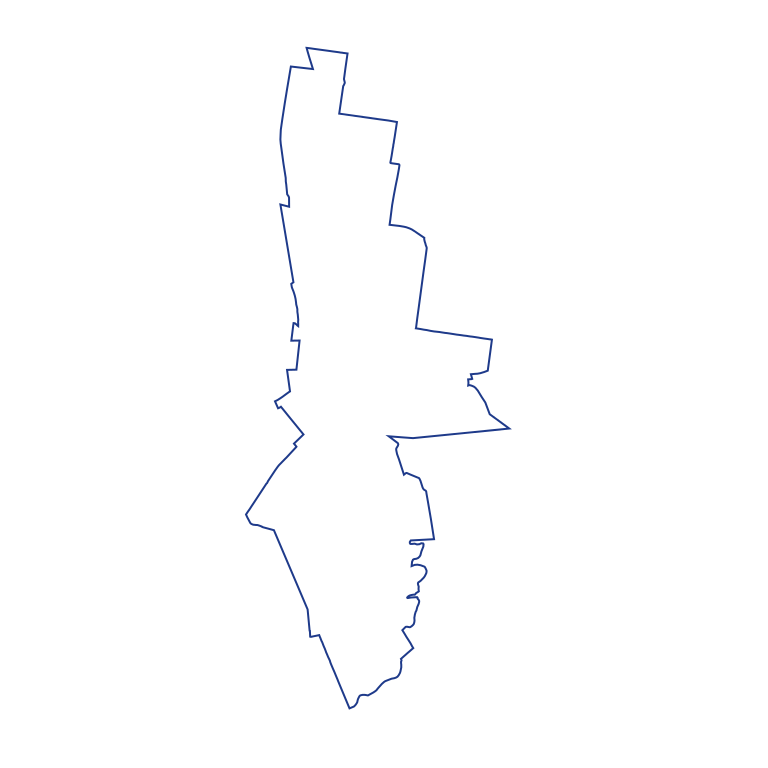 Vasilati, Calarasi, Romania (Natural Earth projection), rotated 276°
{"feature_id": "2599482B17575272178188", "entity_name": "Vasilati", "entity_type": "district", "adm_level": 2, "iso_a3": "ROU", "parent_name": "Romania", "parent_adm1": "Calarasi", "projection": "natural_earth1", "projection_center": [26.428, 44.284], "detail": "fine", "context": "isolated", "style": "outline", "palette": "blue", "viewbox_px": 768, "rotation_deg": 276, "n_neighbors": 0, "source": "geoboundaries", "source_scale": "gbopen_adm2", "svg_char_len": 5823}
<svg xmlns="http://www.w3.org/2000/svg" viewBox="0 0 768 768"><g transform="rotate(276 384 384)"><path d="M710.2,271.9L706.6,273.3L700.5,275.8L695.2,278.1L689.8,280.4L690.0,258.2L667.6,256.8L660.5,256.4L653.5,256.0L636.9,255.2L626.2,254.8L622.5,255.0L616.3,255.4L612.1,256.2L608.5,257.1L592.6,261.0L578.7,264.7L575.0,265.2L572.3,265.9L562.5,267.9L560.5,269.6L559.3,270.1L550.4,271.1L550.9,267.6L551.6,262.9L551.7,262.2L522.2,270.4L517.5,271.7L475.7,283.3L473.9,281.3L470.7,282.2L469.4,282.8L466.8,284.2L465.5,284.8L462.7,286.0L461.0,286.6L459.2,287.2L456.7,287.8L455.5,288.1L454.3,288.3L453.1,288.7L451.3,289.4L449.4,290.0L446.7,290.3L444.0,291.0L438.9,292.0L436.6,292.1L434.8,292.4L432.6,292.6L433.0,291.9L434.1,290.6L435.1,289.0L435.1,287.7L432.7,287.6L421.9,287.4L417.4,287.3L418.4,295.5L389.1,295.4L387.9,286.1L366.8,291.3L366.2,290.5L363.8,287.8L360.5,284.2L358.9,282.3L356.9,279.8L355.4,277.4L348.8,281.2L349.5,282.5L350.4,283.7L350.6,283.9L340.1,294.4L325.4,309.2L315.3,300.7L312.5,303.5L312.3,303.4L300.4,294.5L299.6,293.8L292.4,288.1L290.7,287.0L286.8,284.8L275.1,278.7L274.1,278.4L273.3,278.1L272.5,277.4L268.8,275.5L256.2,269.0L248.1,264.8L245.9,263.7L242.3,261.7L239.8,260.4L238.1,261.4L237.4,261.8L232.2,265.3L231.8,265.6L231.5,265.9L231.3,266.2L230.9,266.9L230.7,267.6L230.5,268.2L230.4,268.8L230.4,269.6L230.4,270.0L230.4,271.7L230.5,272.8L230.5,273.1L230.4,273.5L230.2,274.4L230.1,275.0L229.8,276.0L229.5,277.2L229.3,277.7L229.2,277.7L228.9,278.6L227.5,287.4L227.2,289.1L227.1,289.8L207.8,300.5L173.8,319.4L151.8,331.6L130.9,335.8L130.8,336.1L125.0,337.0L124.9,337.8L125.7,340.2L126.7,343.4L127.5,345.8L126.3,346.4L125.7,346.7L124.9,347.2L123.1,348.1L121.8,348.8L121.5,349.0L121.1,349.3L120.6,349.6L117.6,351.1L116.5,351.7L114.6,352.8L112.4,353.9L111.1,354.5L109.2,355.6L106.6,357.0L104.2,358.5L103.3,359.0L103.2,359.1L102.6,359.3L101.4,359.8L99.3,360.9L95.7,362.9L92.0,365.0L88.1,367.1L86.1,368.2L85.9,368.3L85.6,368.5L83.8,369.4L80.3,371.3L57.8,383.6L60.1,387.8L60.9,388.5L62.3,389.5L64.5,390.6L67.0,390.9L68.0,391.1L69.7,391.7L71.1,392.3L71.6,392.7L72.0,393.4L72.6,395.2L72.8,396.8L72.8,398.3L72.6,400.6L76.0,405.5L76.2,405.8L77.0,406.7L77.1,406.9L77.9,407.7L78.5,408.4L80.3,409.5L81.3,410.2L81.6,410.4L85.5,413.2L87.7,415.2L88.6,416.3L91.7,422.3L92.5,425.0L93.3,426.7L94.3,428.0L96.0,429.1L98.4,430.1L99.9,430.4L104.0,430.8L106.7,430.5L108.0,430.2L108.8,430.1L109.5,430.0L110.3,430.2L111.1,430.3L111.3,430.2L112.4,429.6L119.4,436.0L120.0,436.6L124.4,440.7L125.9,439.5L127.7,438.3L128.9,437.5L131.8,435.2L134.9,432.7L137.6,430.7L141.1,428.0L144.7,430.9L145.0,432.2L144.8,435.0L145.0,435.6L146.1,436.9L147.2,437.9L148.2,438.6L149.9,439.0L151.7,439.1L153.6,438.8L154.6,438.6L156.0,438.7L157.9,438.8L160.7,439.3L162.1,439.9L165.7,440.4L166.6,440.7L168.8,441.4L170.5,441.7L171.6,441.7L171.8,441.7L173.1,440.9L173.3,440.7L173.9,440.0L174.3,439.7L175.0,439.7L175.5,439.1L175.4,438.7L174.5,433.2L173.9,431.0L173.6,430.0L173.7,429.6L173.9,429.4L174.3,429.5L174.8,429.9L175.3,430.3L175.9,431.0L176.5,432.0L176.9,433.1L177.3,434.3L177.5,435.2L177.6,435.4L177.6,435.8L177.6,436.3L177.8,436.7L177.9,436.9L178.3,437.2L178.7,437.3L179.0,437.5L179.4,437.8L179.5,437.9L180.8,439.6L181.4,440.3L183.6,439.8L184.7,439.7L186.0,439.7L186.8,439.4L187.9,438.9L188.7,438.7L189.1,438.6L189.6,438.6L190.3,438.9L191.2,440.0L192.1,441.0L195.6,443.8L197.2,444.7L200.2,445.8L201.1,445.9L202.5,445.9L203.1,445.7L204.9,444.7L206.3,443.7L206.6,443.2L207.6,439.3L207.8,436.1L207.3,433.4L205.8,430.5L210.1,430.5L212.3,431.2L213.0,432.2L213.6,434.5L214.6,436.2L216.2,437.5L217.5,438.1L221.4,438.7L226.4,440.1L228.8,440.1L229.5,439.6L229.5,437.7L228.4,436.0L227.9,433.6L228.4,431.2L227.9,428.7L227.7,427.2L227.9,426.7L228.6,426.3L229.6,426.2L231.2,427.0L234.9,450.0L254.8,444.7L272.2,439.8L279.5,437.7L281.5,437.2L282.2,436.7L282.5,436.2L282.8,435.4L283.3,434.6L283.9,434.0L285.1,433.2L289.7,431.2L291.5,430.4L293.6,429.1L294.1,428.6L294.6,426.8L296.7,419.7L297.9,415.9L297.8,415.4L297.5,414.9L295.9,413.3L310.8,406.7L315.7,404.3L319.1,403.2L320.5,402.9L321.3,403.0L322.8,403.7L324.1,404.3L325.5,404.5L326.6,404.0L331.6,395.7L332.5,394.2L332.9,409.1L333.2,418.5L339.9,451.0L352.8,513.2L364.7,492.8L365.0,492.3L368.8,490.4L376.2,486.7L381.3,482.5L387.2,478.0L389.8,475.3L390.8,473.6L391.5,471.3L391.8,469.6L391.8,469.0L391.3,467.9L393.2,467.9L394.4,467.8L397.4,467.2L398.0,470.6L398.3,471.2L402.8,469.4L403.6,473.5L404.0,475.9L404.8,478.6L405.9,481.2L406.3,482.2L408.1,485.8L439.4,486.7L439.5,485.6L439.5,484.1L439.6,482.1L439.7,478.6L439.8,476.5L439.9,474.4L440.0,473.4L440.1,471.3L440.2,469.3L440.3,466.8L440.3,464.7L440.4,462.6L440.5,460.7L440.5,458.3L440.6,456.3L440.7,452.8L440.7,451.4L440.9,447.9L441.1,443.9L441.2,441.3L441.2,439.2L441.4,435.3L441.5,433.9L441.5,430.4L441.5,428.4L441.7,424.8L442.1,421.0L442.2,418.0L442.5,414.3L442.7,410.1L442.7,409.9L443.3,410.0L452.9,410.2L462.4,410.5L500.4,411.6L512.0,412.0L523.1,412.3L524.0,412.2L524.6,412.0L526.3,411.1L528.2,410.4L529.7,409.7L530.8,409.3L532.1,408.9L532.6,408.8L533.6,408.8L535.7,404.8L539.2,398.3L540.6,395.5L541.4,393.2L542.2,389.9L542.5,387.5L542.8,382.9L542.9,372.9L548.1,373.1L562.9,373.4L573.2,374.1L576.8,374.4L582.9,374.9L590.9,375.7L599.0,376.3L603.0,376.5L603.4,376.4L603.7,376.3L604.0,376.0L604.1,375.7L604.3,369.4L604.4,367.7L604.5,367.4L604.8,367.2L605.3,367.2L608.7,367.5L611.5,367.7L615.1,367.9L619.2,368.1L621.3,368.3L623.2,368.3L624.8,368.5L626.0,368.5L630.8,368.8L645.9,369.5L646.5,360.7L646.8,350.3L647.6,328.0L648.2,311.2L658.4,311.6L668.6,312.0L676.0,312.3L677.3,312.9L679.3,313.5L680.0,313.4L683.1,312.3L685.5,312.4L693.2,312.6L706.8,313.1L708.9,313.2L709.0,310.1L709.0,309.0L709.1,308.0L709.1,305.6L709.2,305.0L709.4,298.0L709.5,295.6L709.7,288.9L710.0,278.8L710.1,276.4L710.2,272.6L710.2,271.9Z" fill="none" stroke="#1e3a8a" stroke-width="2"/></g></svg>